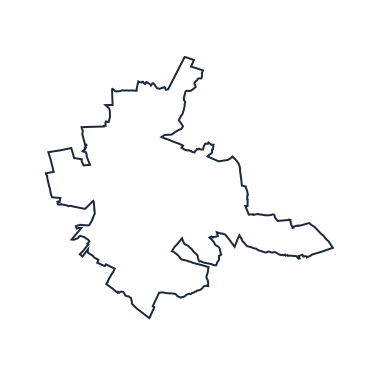 Banca, Vaslui, Romania (Robinson projection), rotated 10°
{"feature_id": "2599482B8370151294512", "entity_name": "Banca", "entity_type": "district", "adm_level": 2, "iso_a3": "ROU", "parent_name": "Romania", "parent_adm1": "Vaslui", "projection": "robinson", "projection_center": [27.822, 46.347], "detail": "fine", "context": "isolated", "style": "outline", "palette": "slate", "viewbox_px": 384, "rotation_deg": 10, "n_neighbors": 0, "source": "geoboundaries", "source_scale": "gbopen_adm2", "svg_char_len": 5943}
<svg xmlns="http://www.w3.org/2000/svg" viewBox="0 0 384 384"><g transform="rotate(10 192 192)"><path d="M224.3,281.9L223.8,280.2L223.8,278.7L223.3,277.9L223.1,276.8L222.5,275.7L221.3,274.2L220.9,273.0L221.4,268.9L221.5,266.5L221.2,264.8L221.4,263.1L213.5,262.2L204.8,261.6L202.6,260.9L201.2,261.0L198.6,260.5L193.8,260.3L192.7,259.9L190.1,257.4L187.8,255.9L185.1,254.5L182.5,253.7L184.6,248.6L186.1,246.7L190.2,239.2L192.4,243.0L193.6,244.4L194.2,244.8L196.6,245.3L198.2,246.1L199.2,246.9L201.7,248.3L203.7,250.3L207.9,253.0L208.7,253.9L209.2,255.8L210.5,258.3L211.5,259.1L212.8,258.6L214.0,259.2L216.0,259.5L223.7,259.6L226.0,260.2L228.4,260.1L228.8,259.0L229.1,256.7L230.4,253.9L229.6,250.2L231.4,249.0L231.6,248.3L231.0,247.7L229.2,243.1L228.3,241.9L227.5,241.3L225.2,240.6L223.9,239.9L222.6,238.0L220.5,236.0L217.2,233.8L218.9,232.4L220.0,232.7L220.5,233.2L225.1,230.8L223.4,227.3L227.1,227.8L227.5,228.1L228.5,227.7L229.6,227.7L232.2,228.2L238.3,233.6L243.5,238.6L245.0,230.8L246.2,226.4L247.6,228.0L248.9,229.1L248.7,229.5L250.6,232.0L251.7,232.5L254.3,234.8L255.4,235.6L256.6,235.9L259.5,236.0L263.1,236.8L264.7,236.6L267.3,237.8L274.7,238.8L276.1,238.5L277.7,237.3L278.7,237.2L280.1,237.8L282.0,237.6L283.1,237.0L284.3,236.8L289.6,238.6L291.0,238.5L292.2,238.1L292.8,238.5L294.4,237.5L295.2,238.4L297.0,237.5L297.6,238.2L299.7,237.6L305.9,237.1L308.1,238.8L308.9,239.1L309.6,238.8L308.1,236.6L311.7,234.7L312.9,236.3L314.8,235.4L315.8,235.7L316.3,236.5L320.4,233.7L320.5,233.1L329.8,228.4L340.4,222.5L335.1,216.9L331.5,214.6L329.8,212.8L326.0,210.5L318.8,205.1L315.2,203.7L312.7,202.2L305.7,205.7L302.1,207.1L301.9,206.7L298.5,208.3L297.8,208.7L298.1,209.5L297.3,209.9L297.0,209.0L295.9,207.8L294.8,206.0L294.0,203.2L293.6,202.8L293.7,202.4L292.7,202.3L292.7,202.6L281.5,205.6L278.6,203.2L278.0,202.2L277.3,200.7L276.9,200.2L276.1,200.0L275.3,200.1L273.7,200.9L271.3,201.7L267.0,202.3L266.7,202.1L261.3,202.4L260.8,202.1L256.5,203.9L256.3,203.6L255.8,203.7L255.6,203.4L251.9,204.4L246.9,196.5L249.1,196.3L249.1,195.7L248.1,189.7L247.6,189.7L247.1,185.8L247.6,184.9L247.0,184.1L246.4,182.0L244.5,178.6L244.3,177.8L244.0,177.2L243.3,177.3L240.0,177.0L238.1,170.3L235.7,163.0L235.4,161.1L234.2,157.9L233.0,156.0L230.5,153.5L227.3,151.2L226.8,151.1L226.6,150.7L225.6,150.0L223.7,152.6L222.1,154.0L219.6,155.0L217.1,155.7L215.0,156.6L212.7,157.1L201.1,154.3L201.9,153.0L204.4,150.5L204.8,149.7L204.4,146.9L204.5,146.5L205.2,146.3L205.0,141.7L202.8,142.1L199.6,140.4L199.1,141.9L198.5,142.0L197.0,141.9L196.6,142.2L195.8,144.7L195.4,148.3L192.9,148.6L191.5,148.1L191.1,148.8L189.4,148.7L189.0,150.0L188.0,151.3L187.9,152.1L187.5,152.7L184.9,152.4L183.9,152.0L183.8,151.7L182.3,151.7L181.6,151.4L180.6,151.8L178.0,151.7L176.2,151.1L174.0,150.3L175.2,147.9L170.8,146.7L165.4,145.8L157.2,144.0L156.8,144.2L152.4,143.2L154.8,140.9L158.8,139.6L160.5,139.5L162.2,138.8L165.3,135.6L169.0,132.6L170.5,131.9L171.5,129.6L171.6,128.8L171.1,128.1L166.6,123.6L166.5,123.1L167.6,120.4L167.9,119.0L168.3,118.5L169.2,116.2L169.7,112.0L169.8,107.9L169.5,106.5L169.8,105.0L169.6,104.4L168.0,102.7L167.6,100.4L168.0,97.3L168.1,94.4L168.6,93.6L169.0,93.3L171.5,93.0L173.6,92.3L177.2,88.2L177.3,87.7L177.1,87.1L175.5,84.9L175.7,83.8L176.7,82.1L177.6,81.1L177.9,79.9L178.3,79.4L179.1,78.9L181.2,78.6L181.5,78.2L181.8,76.6L181.1,73.0L181.7,70.4L175.6,69.4L169.2,68.7L171.0,61.7L163.6,60.5L161.3,60.4L150.6,95.1L148.5,95.9L148.3,95.8L147.4,93.9L146.9,93.5L145.8,94.2L144.9,94.4L142.8,95.7L141.9,96.0L140.0,96.0L139.3,95.6L135.3,91.7L134.2,91.8L133.1,94.2L132.7,93.7L128.5,91.6L127.8,91.8L127.3,93.8L127.1,93.9L125.8,93.3L125.0,92.2L124.5,91.9L123.9,92.1L123.7,92.8L123.2,93.0L120.4,92.9L119.9,92.6L119.6,99.6L119.8,101.9L114.7,102.5L112.5,103.1L111.1,103.1L108.3,103.7L105.8,103.9L104.7,104.6L102.7,105.4L100.2,106.1L99.1,106.1L95.8,104.2L95.6,104.3L95.5,105.0L96.1,108.0L98.7,120.1L91.8,121.4L95.6,123.9L96.3,124.7L96.9,126.1L98.2,132.2L97.8,137.6L94.9,137.5L94.7,138.8L95.5,141.8L93.7,142.2L93.8,142.8L72.0,147.3L72.6,148.8L73.9,150.8L73.9,153.9L76.1,158.9L76.6,159.7L78.4,163.8L79.7,163.7L79.9,164.2L78.7,164.6L79.9,166.6L78.7,167.0L78.8,167.6L79.2,168.2L77.1,170.9L77.5,171.1L79.4,171.1L80.0,170.8L80.5,171.2L80.8,171.9L81.2,172.2L81.5,172.7L82.2,175.5L86.8,183.0L80.7,184.6L78.3,181.4L77.9,180.3L77.8,178.9L70.0,179.0L65.5,169.7L54.6,174.0L43.6,177.7L47.2,184.7L52.3,196.2L44.9,198.9L45.0,199.5L46.4,201.2L47.4,204.3L50.5,211.6L51.5,213.3L53.1,217.9L55.1,221.5L63.4,220.8L63.3,224.8L62.0,224.6L61.1,225.0L62.2,227.5L65.4,227.1L65.4,226.8L70.9,226.9L72.8,227.5L74.1,226.8L89.6,227.2L96.3,217.9L96.4,218.0L97.0,218.9L98.6,224.9L98.8,226.1L99.0,226.2L99.2,226.7L99.0,227.0L99.4,227.8L100.0,230.5L99.6,231.3L98.5,237.3L96.9,241.5L96.3,242.6L95.9,242.9L89.1,243.7L87.4,243.7L83.6,245.8L84.8,248.0L86.8,247.1L89.3,246.6L81.7,259.7L83.7,259.6L87.4,257.5L89.1,254.8L89.6,254.6L93.5,255.1L94.7,255.5L95.3,256.0L97.4,256.6L98.5,257.4L99.4,258.4L98.0,261.1L99.1,261.5L94.8,269.3L92.3,272.8L95.3,274.5L99.5,266.6L99.6,269.0L100.4,270.1L105.3,271.9L106.3,272.9L107.4,273.6L111.6,275.1L111.0,278.1L118.9,280.1L119.3,279.8L119.8,278.2L129.2,280.9L128.2,284.7L127.4,286.1L125.7,290.9L124.5,294.6L124.7,295.0L124.0,296.1L123.6,297.6L131.1,301.2L136.2,304.2L136.6,303.2L137.7,303.9L139.0,302.6L140.9,302.2L141.6,302.5L143.1,303.8L143.9,304.9L144.8,305.7L146.7,306.0L148.0,305.8L148.7,306.2L149.8,307.0L150.5,307.2L151.3,309.5L151.9,310.6L152.2,312.5L158.5,316.7L171.8,323.6L172.3,322.2L174.9,312.0L173.2,311.3L177.1,296.9L180.7,295.9L184.5,296.0L187.1,295.8L190.0,295.3L192.7,295.3L193.7,295.5L195.8,297.2L198.3,297.6L198.9,298.0L199.6,297.9L200.3,297.3L201.4,296.8L201.8,296.8L203.3,295.7L204.0,294.6L205.0,293.7L207.1,292.6L208.1,292.9L208.6,292.7L209.3,291.8L210.9,290.9L212.3,289.6L213.2,289.4L214.3,288.1L216.4,287.4L217.7,286.4L218.6,285.2L219.1,284.7L219.7,283.3L220.3,282.7L222.3,281.8L223.2,282.0L224.3,281.9Z" fill="none" stroke="#1e293b" stroke-width="2"/></g></svg>